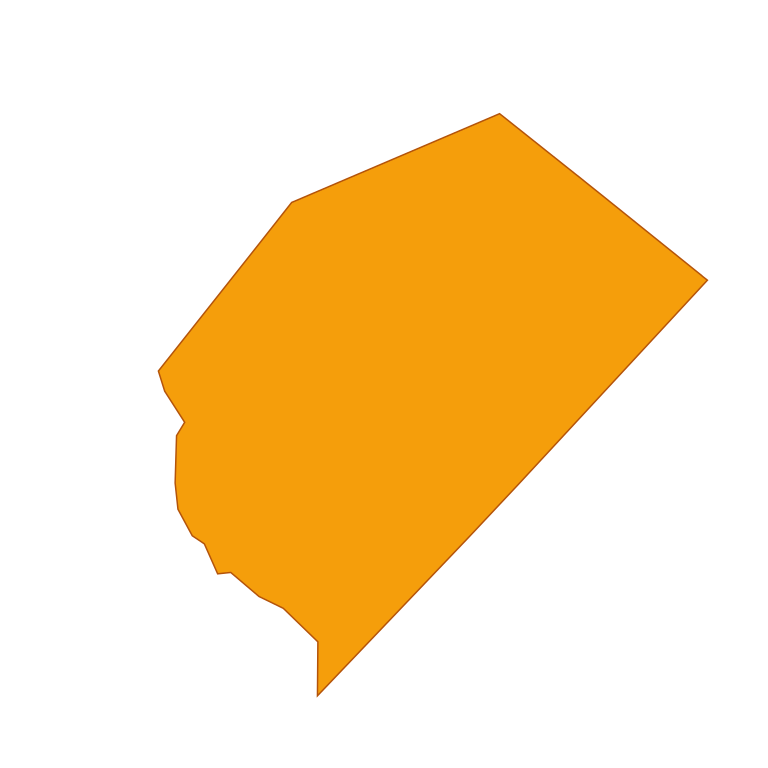 outline of Brunswick, Virginia, United States of America, rotated 219°
{"feature_id": "52423323B81794137886783", "entity_name": "Brunswick", "entity_type": "district", "adm_level": 2, "iso_a3": "USA", "parent_name": "United States of America", "parent_adm1": "Virginia", "projection": "albers", "projection_center": [-77.853, 36.783], "detail": "fine", "context": "isolated", "style": "filled", "palette": "amber", "viewbox_px": 768, "rotation_deg": 219, "n_neighbors": 0, "source": "geoboundaries", "source_scale": "gbopen_adm2", "svg_char_len": 494}
<svg xmlns="http://www.w3.org/2000/svg" viewBox="0 0 768 768"><g transform="rotate(219 384 384)"><path d="M337.7,667.8L354.3,667.7L361.1,667.7L368.0,667.6L464.3,666.8L570.0,467.0L569.3,415.1L567.5,252.1L549.9,240.4L514.8,228.8L512.7,213.3L484.0,175.6L465.3,157.0L437.5,145.4L423.0,146.7L393.8,131.8L384.5,141.1L347.4,140.2L321.1,146.3L273.1,142.0L239.5,99.8L221.7,318.3L216.4,390.6L198.0,668.2L204.4,668.1L204.9,668.2L337.7,667.8Z" fill="#f59e0b" stroke="#b45309" stroke-width="1.5"/></g></svg>